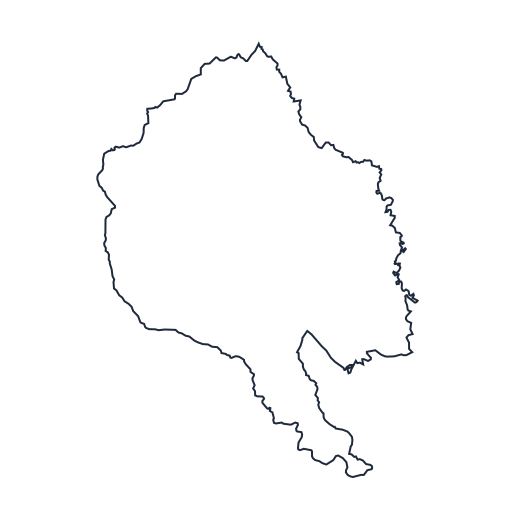 Aguazul, Casanare, Colombia (Mercator projection), rotated 5°
{"feature_id": "7082276B87495791799941", "entity_name": "Aguazul", "entity_type": "district", "adm_level": 2, "iso_a3": "COL", "parent_name": "Colombia", "parent_adm1": "Casanare", "projection": "mercator", "projection_center": [-72.5, 5.106], "detail": "fine", "context": "isolated", "style": "outline", "palette": "slate", "viewbox_px": 512, "rotation_deg": 5, "n_neighbors": 0, "source": "geoboundaries", "source_scale": "gbopen_adm2", "svg_char_len": 6096}
<svg xmlns="http://www.w3.org/2000/svg" viewBox="0 0 512 512"><g transform="rotate(5 256 256)"><path d="M135.1,123.5L136.2,125.5L137.2,133.0L133.7,135.2L133.0,138.2L133.3,143.2L131.9,149.4L130.0,153.1L127.2,154.4L124.2,156.8L121.7,156.9L117.2,159.0L113.9,158.2L110.5,159.9L106.6,159.3L105.5,160.6L106.1,161.9L105.7,162.8L104.1,163.2L102.6,162.0L102.1,163.7L99.9,164.3L95.9,167.3L95.1,173.5L96.0,178.2L95.6,180.7L95.9,182.0L95.5,183.7L91.7,188.5L91.1,190.8L91.3,193.6L93.9,199.8L96.3,201.4L98.0,204.2L99.9,205.1L100.9,208.0L102.7,210.4L111.1,218.3L111.4,220.1L108.2,221.9L107.6,226.2L106.2,228.3L103.6,230.2L102.9,232.8L104.0,246.5L103.6,248.2L105.0,251.7L104.9,253.6L103.6,256.4L104.1,258.8L105.7,261.1L105.8,264.1L108.1,265.3L109.4,267.5L109.6,272.5L110.8,274.2L111.0,276.2L113.4,282.0L114.8,288.5L116.8,291.8L116.3,294.3L117.4,300.8L119.8,302.2L123.1,307.0L126.4,309.1L129.0,312.6L133.0,314.6L136.4,317.3L138.5,321.6L143.8,326.2L146.5,331.9L147.2,332.5L150.5,333.4L151.7,336.3L152.9,337.3L156.1,338.2L161.9,337.8L165.5,338.4L171.3,337.2L182.3,336.6L185.4,339.0L188.7,339.5L192.9,341.6L196.6,342.0L201.7,345.5L205.4,347.0L210.7,348.4L215.9,348.3L220.2,350.2L225.4,350.2L229.1,353.2L230.1,355.7L234.5,356.2L235.9,357.2L238.4,357.5L239.4,359.5L240.6,359.6L244.2,357.7L245.8,357.6L248.2,357.9L253.0,360.4L253.4,362.2L255.3,364.8L260.3,369.3L260.7,372.0L264.3,374.0L264.3,375.4L263.1,378.2L263.5,380.2L265.9,384.8L264.7,388.2L266.8,390.8L267.3,394.9L269.5,395.7L274.6,395.4L275.6,396.0L276.5,397.5L274.9,400.1L275.2,401.7L280.4,406.9L281.4,407.2L282.7,406.0L283.6,406.3L283.3,409.1L286.0,410.4L288.0,416.1L287.4,417.6L288.4,420.6L290.5,421.1L296.1,419.7L297.9,420.7L305.5,421.0L309.6,418.5L312.1,419.0L312.5,420.5L311.0,424.5L311.5,426.6L312.2,427.2L316.6,427.5L317.5,429.9L317.3,432.6L314.6,438.2L314.6,444.3L315.5,445.3L317.2,445.4L320.5,443.9L328.1,444.7L328.8,445.7L329.3,450.8L330.7,452.8L332.7,454.1L337.1,454.9L340.0,456.5L344.2,457.6L350.8,452.6L353.1,448.3L355.3,447.6L360.1,449.8L364.0,453.5L365.5,458.6L364.4,461.7L364.4,463.7L366.5,466.2L369.4,467.4L371.9,467.7L379.6,464.9L382.5,464.7L385.6,459.7L389.8,458.3L390.2,457.0L389.7,455.1L388.0,454.1L383.8,453.7L380.3,450.4L377.1,449.3L375.0,450.0L373.0,447.0L371.4,447.6L368.5,445.3L366.0,445.0L367.0,437.3L368.0,435.7L368.1,431.0L367.4,427.9L364.1,424.3L362.5,423.0L357.6,421.5L350.4,420.9L349.4,419.3L348.6,419.5L344.1,417.2L339.1,413.5L337.5,411.1L336.9,406.7L335.9,406.3L332.2,402.0L331.0,398.8L331.6,396.2L330.0,394.5L330.0,392.0L327.2,389.3L328.9,383.2L328.3,380.9L326.5,379.2L327.1,377.5L324.3,375.3L321.8,375.1L320.3,374.0L318.9,370.8L316.2,370.2L316.2,368.6L315.1,366.3L313.8,365.2L312.4,362.4L312.1,359.2L307.6,354.8L306.9,349.0L305.3,348.3L308.2,341.7L309.5,335.4L309.3,333.8L313.6,326.2L318.2,329.3L329.3,340.1L334.3,344.1L339.5,350.9L344.0,354.6L352.9,359.8L354.0,361.8L354.8,361.6L356.0,358.9L358.8,356.5L361.2,356.2L361.2,358.1L357.9,359.8L357.0,361.1L358.5,364.8L360.1,363.9L360.9,360.5L364.6,351.7L366.2,353.9L368.8,353.2L372.2,354.7L370.8,349.6L372.3,349.3L376.8,350.8L379.3,349.0L379.4,347.5L375.0,343.3L374.8,341.8L383.1,339.5L388.9,343.2L393.1,344.7L395.5,344.8L402.6,343.9L409.3,341.4L412.0,342.0L414.5,341.6L420.0,338.2L416.6,335.2L416.0,329.0L413.0,324.1L414.8,321.6L418.8,320.1L416.1,315.6L416.4,309.1L412.6,307.8L410.9,305.9L410.7,304.4L411.3,302.7L415.1,297.7L412.6,297.1L411.7,296.0L410.8,291.9L408.8,288.0L408.7,284.5L408.1,283.1L409.3,281.9L410.1,282.1L411.0,283.8L418.4,288.6L419.8,288.0L420.9,286.4L415.6,284.1L416.7,281.2L416.0,280.0L414.1,282.0L413.3,282.0L412.0,281.0L411.1,277.8L410.4,277.3L408.3,276.3L406.6,277.9L405.1,277.6L403.9,275.3L403.8,270.8L402.9,268.9L400.7,269.1L400.7,271.3L398.7,271.8L398.0,269.9L400.8,267.5L398.9,264.8L399.8,261.8L399.0,261.5L396.3,263.3L394.1,260.9L394.5,259.6L396.7,260.5L398.1,260.2L399.9,257.8L400.8,254.8L399.7,253.0L400.0,251.0L398.9,251.0L398.2,252.5L396.9,251.2L395.3,252.0L394.7,251.6L395.2,250.4L394.8,249.3L395.9,248.3L395.9,246.4L397.4,242.9L399.7,240.7L399.8,238.5L401.1,238.1L402.7,239.2L404.6,236.0L403.9,235.3L402.8,236.6L400.9,237.4L400.1,237.1L400.7,234.7L398.5,232.6L398.0,230.9L399.0,230.6L401.0,231.3L402.1,230.5L401.8,229.8L398.8,228.6L398.4,227.6L398.1,224.6L399.3,223.8L399.5,222.9L397.2,220.5L393.3,220.3L391.9,216.1L389.2,213.9L387.0,213.7L390.9,205.8L390.7,204.0L386.5,203.7L386.9,200.3L386.0,198.3L384.3,198.5L383.0,200.6L381.2,201.0L382.0,198.2L381.8,195.3L382.5,194.2L385.9,193.2L387.5,189.4L387.4,188.0L385.7,186.5L383.9,186.0L380.7,187.3L379.1,189.2L377.8,189.1L376.8,188.1L376.2,185.0L374.8,182.6L373.7,182.3L371.4,183.4L370.4,182.3L370.4,180.7L373.0,180.2L372.0,178.4L371.1,173.5L371.6,171.8L373.6,170.2L372.4,167.5L373.7,163.8L371.9,162.0L373.4,159.7L373.2,158.5L371.3,158.3L370.6,155.8L368.8,156.7L363.6,155.6L362.7,151.7L361.0,150.8L357.9,151.4L355.6,150.9L354.5,152.8L352.4,153.1L350.8,154.4L349.4,153.7L348.0,154.1L347.0,152.9L344.5,154.1L343.3,152.0L339.5,149.3L337.6,149.8L333.8,149.1L332.8,147.8L333.7,146.7L333.5,145.6L326.0,143.2L324.6,141.8L323.4,138.6L321.1,139.1L318.4,136.6L315.6,136.9L312.0,142.8L308.6,142.1L303.8,135.9L303.2,132.4L300.3,130.6L297.7,128.0L296.2,123.8L293.5,121.7L290.5,121.1L288.2,118.0L287.9,116.6L289.0,113.8L286.7,111.1L285.6,108.3L287.3,106.1L287.3,104.1L286.1,101.4L286.9,97.1L280.1,98.8L280.4,95.9L278.0,95.5L276.1,93.6L276.7,91.6L276.1,89.2L273.5,88.7L275.4,85.1L272.2,81.7L270.1,74.7L266.8,75.7L265.1,72.4L263.0,70.4L262.9,68.3L260.5,68.5L259.9,66.0L260.9,64.2L260.7,62.4L255.6,58.7L253.7,55.9L251.1,56.5L249.6,55.9L247.7,53.3L245.2,51.3L244.7,49.7L243.4,49.2L243.4,47.3L241.6,47.2L240.2,44.3L237.3,51.8L234.0,55.9L230.3,62.5L228.8,62.6L226.0,60.2L223.5,59.4L221.6,56.6L220.9,56.4L219.9,57.4L219.3,59.9L217.8,60.9L213.5,59.7L207.0,64.1L203.0,64.2L199.9,61.7L198.8,61.6L193.0,68.3L188.1,69.1L184.6,73.7L185.2,79.9L180.3,82.2L176.1,85.2L173.3,96.0L171.9,98.1L168.1,101.0L162.3,101.3L161.3,103.0L161.6,106.0L161.2,107.0L150.1,110.0L147.5,113.9L144.7,116.7L142.7,116.3L142.2,117.2L139.4,118.1L134.9,118.8L134.9,120.7L136.0,122.0L135.1,123.5Z" fill="none" stroke="#1e293b" stroke-width="2"/></g></svg>